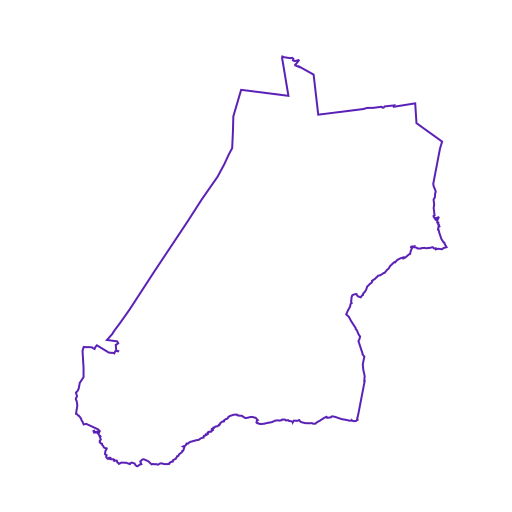 Villa García, Zacatecas, Mexico, rotated 82°
{"feature_id": "50627088B46561394419129", "entity_name": "Villa García", "entity_type": "district", "adm_level": 2, "iso_a3": "MEX", "parent_name": "Mexico", "parent_adm1": "Zacatecas", "projection": "equal_earth", "projection_center": [-101.841, 22.125], "detail": "fine", "context": "isolated", "style": "outline", "palette": "violet", "viewbox_px": 512, "rotation_deg": 82, "n_neighbors": 0, "source": "geoboundaries", "source_scale": "gbopen_adm2", "svg_char_len": 6066}
<svg xmlns="http://www.w3.org/2000/svg" viewBox="0 0 512 512"><g transform="rotate(82 256 256)"><path d="M322.1,439.3L325.8,441.0L342.4,442.3L351.9,443.6L357.2,448.2L362.8,450.1L365.0,451.7L366.2,453.3L369.8,452.8L370.8,453.2L371.8,454.1L372.9,454.4L374.5,453.8L379.1,453.7L387.2,456.2L387.5,455.5L389.4,454.1L389.6,453.6L392.5,451.9L394.5,451.6L396.2,450.7L396.8,450.7L398.8,450.1L398.6,447.5L405.7,436.5L407.4,435.3L407.7,436.7L408.1,436.8L407.9,437.5L408.5,438.0L408.5,438.4L407.9,438.8L407.8,440.3L406.6,440.6L406.8,441.3L408.3,441.0L408.7,437.8L409.8,437.1L409.6,436.3L410.5,436.8L412.1,436.0L412.1,435.7L412.7,435.3L412.8,436.0L416.2,435.2L417.3,436.5L418.1,436.3L418.8,436.7L420.2,435.5L420.4,434.6L421.7,434.6L422.8,433.8L424.4,433.3L425.4,431.9L425.6,430.7L426.0,430.6L427.5,431.7L427.8,432.1L430.9,433.1L431.5,432.9L432.3,431.7L432.6,431.7L432.8,432.0L434.2,432.1L434.3,432.3L436.1,431.3L436.3,430.7L435.3,429.5L435.4,428.8L435.7,428.2L436.0,428.3L436.4,429.2L436.7,428.9L437.1,427.9L437.4,425.5L438.0,424.7L438.3,424.6L439.0,425.1L439.2,424.7L439.0,423.2L439.3,422.3L441.2,422.0L441.7,421.1L442.7,420.8L442.7,420.2L441.8,418.1L442.1,417.0L442.2,415.6L442.6,414.5L442.7,413.1L443.5,411.9L443.9,410.7L444.4,410.4L444.5,409.9L444.2,409.4L443.7,409.1L443.4,408.4L443.3,407.8L444.6,405.1L446.4,404.4L447.6,403.2L447.7,402.8L447.5,402.1L446.4,400.1L446.2,398.5L443.4,399.2L442.1,397.5L441.6,396.4L441.8,395.2L443.8,391.9L445.2,390.4L446.6,389.4L447.9,388.2L447.6,387.2L447.7,386.4L448.3,385.2L448.1,384.0L449.0,382.2L448.7,381.2L448.3,380.6L448.1,378.6L449.2,376.0L449.6,374.1L449.8,371.5L449.9,371.1L449.5,370.5L448.8,370.4L448.4,369.7L448.3,368.8L448.0,368.5L448.1,367.4L447.9,366.9L446.9,366.8L446.3,365.7L445.7,363.7L445.3,363.6L444.3,362.5L443.3,362.0L443.2,360.8L441.6,359.7L440.3,357.2L439.3,356.1L438.8,356.1L438.5,355.1L435.5,353.6L434.9,354.1L434.5,354.7L434.2,353.5L434.2,353.0L433.4,351.7L432.8,351.0L432.3,351.1L432.0,350.8L432.3,349.4L431.3,348.1L430.8,346.3L430.7,344.5L430.4,343.8L430.4,342.3L430.1,341.2L430.1,338.4L429.0,336.3L428.4,333.8L428.5,333.2L426.9,332.7L426.8,331.3L426.6,330.8L425.7,330.7L425.5,330.3L426.0,329.2L425.9,329.0L425.5,329.1L425.4,328.4L424.6,328.2L424.1,328.4L423.6,327.5L423.9,327.0L423.5,326.4L423.8,325.1L423.6,324.6L423.0,324.4L422.5,323.2L421.7,324.0L421.1,323.8L421.1,322.6L420.9,322.0L420.7,321.8L420.0,322.0L419.7,320.6L419.2,319.7L419.3,318.1L418.7,317.0L418.6,316.2L418.2,315.7L417.8,315.9L417.1,314.8L416.5,314.6L415.3,312.4L415.2,311.8L415.4,311.4L415.3,310.7L414.3,310.5L413.3,308.5L413.2,307.3L412.3,306.2L411.6,305.8L411.4,305.1L410.9,304.6L410.1,300.2L410.1,299.2L410.3,298.3L410.3,297.4L410.6,296.6L411.2,296.5L411.7,295.2L412.3,292.2L412.6,291.7L413.0,291.6L415.0,289.1L415.0,286.2L414.7,284.9L414.8,282.6L414.9,281.8L415.9,279.8L416.1,278.9L418.6,277.3L418.6,277.8L421.0,278.7L421.6,278.2L421.7,277.3L422.2,277.1L422.5,276.6L422.9,274.8L423.2,274.4L423.1,273.0L423.3,271.1L423.0,270.2L423.0,267.8L422.7,267.0L422.9,266.0L422.7,263.2L421.7,260.0L421.8,256.9L422.3,255.7L422.3,254.7L422.1,254.1L422.2,253.4L421.6,252.9L421.8,251.1L422.1,250.0L423.0,249.3L423.0,247.2L423.1,246.9L423.7,246.7L424.7,243.8L425.3,242.7L425.8,242.7L424.3,241.4L425.0,237.8L424.5,236.4L424.5,236.0L426.0,235.3L426.8,234.3L428.4,230.4L429.1,226.1L429.3,223.8L430.1,222.6L430.3,220.4L429.7,219.8L428.6,217.5L428.2,216.1L425.9,211.3L425.0,208.6L425.3,208.3L426.1,208.1L426.2,207.5L426.2,204.3L425.4,203.4L425.4,202.8L426.2,200.3L429.5,193.8L430.9,189.3L432.1,186.4L432.4,183.7L432.2,183.7L433.0,182.8L433.2,181.8L433.3,180.1L433.0,179.5L432.6,178.7L432.3,178.7L432.3,178.2L430.4,178.3L429.6,177.7L424.5,175.9L395.0,165.8L394.9,166.2L390.2,165.1L383.1,165.6L378.0,165.3L370.7,162.7L368.2,164.2L367.2,164.1L354.5,166.4L352.9,165.2L350.1,164.1L349.3,164.7L346.6,165.7L343.7,166.4L342.2,167.4L341.1,167.4L333.8,170.8L329.0,172.6L326.4,174.8L322.8,172.6L319.1,169.8L317.1,169.2L316.2,168.6L315.9,167.8L314.1,168.2L312.7,167.6L310.7,167.3L308.5,166.3L307.8,164.9L307.6,162.1L307.8,161.7L309.4,161.2L310.2,160.5L311.5,158.1L309.8,156.4L309.4,155.4L308.3,155.2L307.6,154.6L307.0,153.5L304.5,151.5L301.7,150.1L300.5,148.3L299.5,147.2L298.7,145.5L297.6,144.5L296.7,144.6L295.0,140.9L293.9,139.8L293.8,139.3L292.6,138.0L292.3,135.4L290.6,131.8L290.6,131.0L288.1,128.3L286.8,126.3L284.6,124.6L281.7,120.5L281.3,119.7L281.7,119.2L279.5,116.5L278.4,113.3L277.9,110.2L278.9,110.4L278.9,110.0L278.0,107.8L275.8,104.5L275.4,103.1L272.4,102.0L270.0,100.5L268.8,101.3L268.4,101.0L268.2,100.1L268.7,99.5L268.4,97.8L269.3,98.1L269.1,98.6L269.0,98.4L269.1,99.1L269.7,96.7L270.5,95.4L271.0,95.1L271.6,91.8L271.2,91.1L271.4,88.0L272.0,86.7L272.0,84.2L272.2,83.9L271.9,79.9L272.3,79.2L273.0,79.0L273.5,78.3L273.4,76.9L274.4,76.9L274.2,74.4L275.2,70.9L274.2,69.0L273.8,66.1L269.3,67.8L268.9,67.7L268.5,68.4L265.1,70.0L258.9,71.2L255.4,71.6L255.2,72.1L252.5,71.2L252.3,70.3L250.5,71.0L250.4,70.6L249.3,71.1L248.4,70.8L248.0,71.9L246.6,71.4L245.7,71.7L245.4,72.8L245.0,73.1L244.0,72.3L244.5,70.5L243.3,69.8L243.0,70.1L243.6,72.6L243.4,73.1L243.6,73.7L242.7,74.3L241.2,74.7L240.6,73.5L233.2,73.4L230.0,72.4L224.9,72.3L222.8,70.7L219.0,69.9L217.5,69.1L216.2,69.2L211.4,70.4L209.1,70.4L175.4,58.9L168.6,55.8L146.8,78.6L127.0,77.1L127.4,98.8L126.7,98.8L126.1,98.3L125.8,107.9L126.8,108.9L126.7,110.2L125.7,110.9L125.6,119.4L124.8,125.7L125.4,128.8L124.7,174.7L84.4,173.7L74.4,186.9L74.8,187.0L72.7,190.6L72.2,190.7L71.9,190.4L72.0,190.2L68.3,186.4L67.9,186.7L68.4,190.6L67.4,192.2L66.1,191.5L64.8,192.6L64.9,194.3L63.0,200.7L62.1,202.1L63.3,202.6L101.9,201.6L89.4,247.6L114.5,259.0L130.0,261.6L145.9,264.6L151.8,268.9L160.8,274.7L172.0,282.9L192.6,302.0L211.9,318.6L256.8,358.5L291.6,388.8L303.7,400.2L308.2,404.7L311.9,408.2L313.2,409.1L318.4,415.3L321.2,405.4L323.2,404.6L324.5,406.9L324.5,407.2L330.3,407.6L331.0,405.7L331.2,405.8L330.4,407.9L330.6,408.5L332.7,409.9L332.1,410.7L331.3,414.8L330.9,415.5L322.3,426.0L324.1,428.0L325.6,428.8L324.7,430.1L323.7,431.1L323.3,432.3L322.4,438.3L322.1,439.3Z" fill="none" stroke="#5b21b6" stroke-width="2"/></g></svg>